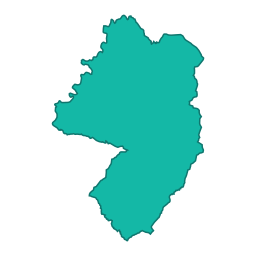 Thaba-Mokhele, Mohale's Hoek, Lesotho
{"feature_id": "5366337B93418008192528", "entity_name": "Thaba-Mokhele", "entity_type": "district", "adm_level": 2, "iso_a3": "LSO", "parent_name": "Lesotho", "parent_adm1": "Mohale's Hoek", "projection": "natural_earth1", "projection_center": [27.545, -30.078], "detail": "fine", "context": "isolated", "style": "filled", "palette": "teal", "viewbox_px": 256, "rotation_deg": 0, "n_neighbors": 0, "source": "geoboundaries", "source_scale": "gbopen_adm2", "svg_char_len": 5766}
<svg xmlns="http://www.w3.org/2000/svg" viewBox="0 0 256 256"><path d="M203.0,152.2L203.4,150.1L202.3,147.4L202.1,144.7L197.6,141.9L198.6,140.2L198.7,138.6L199.7,137.6L198.7,134.9L199.7,131.6L201.4,127.3L199.9,124.6L199.6,123.3L199.8,118.7L201.3,116.6L199.7,114.3L199.2,112.4L199.2,110.4L198.2,109.2L196.9,108.5L193.3,107.9L192.7,106.0L190.5,105.3L189.3,104.6L189.6,102.9L189.3,101.5L191.9,100.1L193.2,97.7L194.4,97.1L196.4,96.7L197.0,96.0L197.1,94.3L196.8,91.7L195.6,90.8L197.1,86.4L197.5,84.7L197.5,83.7L197.0,82.8L196.9,81.2L196.4,79.8L195.7,79.0L194.8,78.5L194.3,76.3L193.3,75.5L194.5,73.3L194.5,69.7L194.3,68.5L194.7,66.9L197.5,66.5L198.5,65.7L203.0,60.0L203.5,58.8L203.5,57.9L201.6,56.2L201.2,54.7L198.9,50.6L196.4,47.5L192.1,44.6L191.0,43.4L185.8,40.1L184.7,39.0L182.8,35.9L180.6,34.6L171.1,35.2L168.5,35.0L166.3,34.1L164.1,34.1L163.4,34.9L162.4,37.0L161.4,38.0L160.4,39.5L159.5,41.4L159.4,42.1L159.0,42.6L157.1,42.7L157.0,42.2L156.7,42.0L156.2,42.4L156.2,43.3L155.8,43.5L155.4,43.3L155.1,42.7L154.0,42.5L153.9,41.5L153.7,41.4L153.3,42.9L152.3,43.2L151.7,44.1L151.3,43.8L151.2,42.4L150.9,42.2L151.2,41.5L151.0,41.1L149.6,40.1L148.3,38.5L148.3,38.0L147.7,37.5L144.9,35.9L144.4,35.5L144.2,33.5L143.7,32.0L143.8,30.9L143.5,30.2L142.8,29.4L140.9,28.6L137.5,23.6L136.6,22.6L136.1,22.4L134.9,19.1L133.7,18.8L133.2,18.0L132.8,17.7L131.1,17.2L131.1,16.3L130.9,16.0L129.4,16.3L128.9,16.9L128.1,19.3L127.6,19.6L127.1,19.3L126.1,17.2L125.1,16.1L124.4,15.5L123.4,15.4L122.3,16.0L120.8,18.2L119.9,19.0L118.7,19.1L116.6,20.0L116.1,20.6L115.5,22.7L114.7,23.2L113.9,22.2L113.7,21.1L112.5,19.9L111.8,19.4L111.4,19.5L111.1,20.0L110.8,22.7L109.1,26.1L108.6,26.6L107.9,26.6L105.8,25.9L103.8,25.9L103.4,28.5L103.2,32.0L104.0,32.8L106.2,33.3L106.6,33.6L107.0,34.0L107.0,35.3L106.5,38.3L106.8,41.8L106.6,42.8L106.0,43.1L105.2,43.0L103.9,42.3L103.2,42.3L101.8,43.5L101.3,44.8L100.9,46.2L101.0,47.7L101.9,48.6L102.9,49.9L102.8,51.6L102.3,52.5L100.9,51.6L100.0,51.7L98.9,52.4L97.9,53.9L96.9,56.3L96.2,57.0L94.7,57.1L94.1,56.9L93.5,57.2L93.0,58.0L93.0,59.1L92.7,59.8L91.8,60.1L91.5,60.5L89.6,59.9L88.8,60.6L87.6,61.1L85.6,61.1L83.3,59.6L82.8,59.5L81.5,60.4L81.6,61.2L81.3,62.9L81.9,63.7L83.3,64.8L84.5,64.8L84.7,64.4L85.6,64.2L88.2,64.9L89.0,66.1L89.4,67.3L90.7,68.3L92.2,70.7L92.3,71.3L91.8,72.9L91.7,74.2L90.7,74.4L89.0,73.1L86.8,72.4L86.1,72.4L85.3,73.0L84.1,74.5L83.4,74.7L81.5,74.5L81.1,74.7L80.8,75.8L81.5,77.5L81.5,78.6L80.8,82.6L80.3,83.8L79.2,84.6L77.7,84.9L75.0,84.3L74.5,84.5L72.8,86.4L72.5,87.1L72.5,87.8L75.5,90.4L75.9,91.3L77.4,93.5L77.2,93.8L75.8,94.6L74.1,94.6L70.4,93.2L69.4,93.6L69.3,95.0L69.8,96.2L70.4,97.0L71.0,97.2L72.6,96.2L73.2,96.3L73.5,97.1L73.0,98.5L70.3,101.5L69.7,102.0L68.1,102.4L62.7,102.6L61.3,102.4L60.3,101.1L59.6,100.8L59.0,101.2L58.6,102.3L58.1,102.8L57.2,103.4L55.2,103.9L54.8,104.4L54.8,104.8L56.5,106.5L56.4,107.0L55.6,107.4L55.3,110.7L55.4,111.3L56.9,113.5L57.1,114.9L57.0,117.4L55.4,120.2L52.8,122.5L52.5,123.3L52.5,123.8L52.6,124.3L53.3,125.4L57.2,127.9L58.8,130.0L60.0,130.2L60.0,129.8L60.7,129.5L61.0,129.8L61.4,129.7L61.6,130.1L62.4,130.2L62.9,130.7L63.6,132.9L64.4,133.5L65.1,133.7L65.8,133.5L66.8,134.0L67.2,134.8L68.6,134.3L69.6,134.4L70.2,134.1L72.6,134.0L73.4,133.7L75.2,134.3L77.1,134.1L80.3,134.5L81.5,134.1L82.0,134.8L83.4,135.5L85.2,135.6L87.0,136.3L88.2,136.3L89.0,137.1L89.5,137.2L90.1,138.3L91.0,138.2L92.4,137.4L93.3,137.9L96.3,140.4L99.1,141.6L102.0,142.2L102.4,141.8L104.8,142.9L105.7,143.0L105.9,141.0L106.8,141.5L107.0,142.2L108.0,143.0L108.1,143.6L108.6,143.7L109.7,143.2L110.3,143.3L115.1,146.2L117.6,147.2L118.1,147.2L120.2,146.4L122.6,146.2L123.4,147.4L123.5,148.4L124.9,149.0L125.4,149.6L126.4,149.6L127.4,150.1L126.7,150.3L126.4,151.3L125.5,152.0L121.8,151.9L120.7,152.0L119.9,152.5L119.2,154.1L118.1,154.7L116.9,155.9L116.1,157.2L115.1,157.4L114.2,158.1L113.7,158.8L111.8,159.2L111.3,163.2L110.8,164.4L109.8,165.8L109.1,167.4L108.1,168.8L106.3,169.9L106.3,172.8L105.8,177.5L102.6,179.5L102.2,180.0L101.1,180.4L100.3,181.2L96.3,186.5L94.0,187.4L93.4,190.1L92.2,190.9L90.3,192.6L89.5,194.1L89.3,195.8L90.7,196.0L91.8,196.6L95.3,197.6L96.1,198.2L96.6,199.3L97.6,199.9L98.1,201.4L98.6,203.3L99.5,203.8L99.9,205.2L100.6,205.7L100.8,207.3L100.4,208.1L101.3,208.8L101.4,209.5L101.3,212.1L101.6,212.7L101.4,213.3L101.8,214.2L102.9,214.2L105.2,215.1L104.5,215.8L104.8,217.0L106.2,218.1L106.6,219.1L107.7,219.1L108.2,220.5L108.8,220.7L110.9,220.0L112.2,220.7L112.2,221.2L111.9,221.7L111.9,222.4L111.4,223.6L112.2,226.4L112.9,227.2L113.7,227.6L113.6,228.4L116.5,230.1L117.0,230.6L117.4,231.4L119.1,230.1L119.5,230.2L119.8,231.9L120.4,231.9L120.5,232.8L120.3,233.4L120.5,234.0L121.1,234.2L121.4,234.9L121.4,236.0L122.3,237.1L123.0,237.2L124.1,238.0L124.1,238.7L124.7,239.4L125.6,239.5L126.6,240.5L127.5,240.6L128.4,238.6L130.3,237.2L131.3,237.0L131.8,236.1L133.1,235.2L134.0,235.2L134.2,234.8L136.7,233.9L137.4,233.2L138.8,233.0L139.6,232.6L140.4,231.4L141.8,231.0L142.2,230.6L145.7,232.2L148.7,232.7L150.4,234.1L152.1,231.9L152.9,231.3L153.5,230.6L151.8,228.4L151.4,227.3L151.4,226.4L154.4,222.2L157.7,218.7L158.0,218.2L159.0,217.5L160.1,214.8L160.4,213.5L161.5,213.0L161.5,211.6L162.7,209.9L162.9,208.1L163.5,206.9L166.8,204.3L168.4,202.7L169.5,202.1L170.0,201.1L170.0,199.7L169.3,197.2L169.5,196.1L170.6,194.7L172.1,194.5L172.1,193.9L174.0,194.1L174.0,192.3L175.7,191.3L175.7,190.7L176.0,190.3L177.5,190.4L178.0,189.9L179.3,190.0L179.2,189.2L180.6,188.7L180.4,188.2L181.0,187.6L181.8,187.5L181.9,187.0L183.0,187.0L183.5,186.0L184.0,183.8L184.5,183.2L184.8,182.3L184.6,181.3L185.1,178.3L185.8,177.0L186.5,175.2L187.9,169.9L189.7,169.3L190.6,166.1L190.7,164.5L191.4,163.8L192.7,163.3L195.5,160.8L196.6,155.2L198.2,154.5L199.1,153.5L199.8,153.1L201.5,152.8L203.0,152.2Z" fill="#14b8a6" stroke="#0f766e" stroke-width="1.5"/></svg>